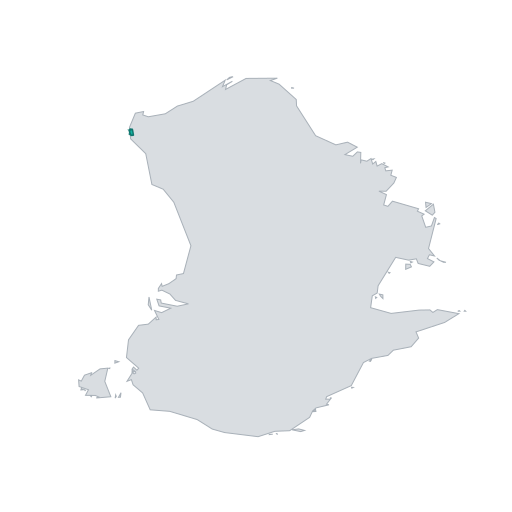 Denmark, Western Australia, Australia shown in context, rotated 80°
{"feature_id": "25037944B90574007914814", "entity_name": "Denmark", "entity_type": "district", "adm_level": 2, "iso_a3": "AUS", "parent_name": "Australia", "parent_adm1": "Western Australia", "projection": "equal_earth", "projection_center": [117.036, -34.911], "detail": "fine", "context": "in_parent", "style": "filled", "palette": "teal", "viewbox_px": 512, "rotation_deg": 80, "n_neighbors": 0, "source": "geoboundaries", "source_scale": "gbopen_adm2", "svg_char_len": 4897}
<svg xmlns="http://www.w3.org/2000/svg" viewBox="0 0 512 512"><g transform="rotate(80 256 256)"><path d="M354.2,81.8L358.5,111.6L365.1,110.1L372.3,119.0L372.6,137.1L376.8,143.3L376.9,160.0L379.6,168.7L400.2,184.7L406.8,210.9L409.1,212.2L409.9,207.6L414.2,212.3L415.2,210.0L416.0,223.2L418.4,227.1L424.2,231.2L433.9,253.2L431.9,267.9L434.3,285.3L424.4,317.6L418.8,329.2L406.9,342.3L394.0,367.9L389.1,386.9L371.2,391.4L361.5,399.4L356.1,400.2L357.0,404.8L349.5,398.0L350.9,396.5L350.5,394.8L349.0,394.7L345.9,397.7L344.1,395.9L347.8,393.1L346.1,391.0L333.5,401.2L316.4,396.1L303.9,383.7L304.4,373.9L298.8,365.0L301.5,365.4L301.6,362.7L292.0,365.4L295.4,358.8L292.6,349.0L288.3,360.1L281.3,361.2L282.7,357.5L285.9,357.5L291.8,342.3L291.4,330.8L285.8,342.9L278.5,347.4L273.3,354.6L273.7,358.3L271.0,357.8L266.8,353.8L269.6,353.7L268.1,346.6L264.4,338.6L260.9,337.6L260.7,330.5L234.6,318.3L188.8,327.6L174.1,335.8L167.5,346.1L136.1,346.8L118.9,359.1L107.4,358.3L94.4,350.0L94.2,341.6L97.4,343.0L100.2,337.9L100.2,320.6L94.7,307.4L92.7,290.9L77.5,255.8L83.4,259.6L79.8,248.9L82.3,255.2L86.7,257.1L79.4,234.9L84.6,204.1L85.7,211.4L90.8,203.4L108.9,189.2L115.2,190.0L147.9,176.4L160.4,158.1L159.8,146.1L166.4,137.4L171.6,150.8L174.6,143.4L171.1,138.1L172.2,134.8L182.9,137.0L179.6,135.7L181.9,130.4L180.0,125.8L185.7,125.1L183.7,121.6L188.5,121.1L186.9,116.1L191.2,110.4L191.4,113.8L194.7,113.4L195.1,107.0L199.9,109.2L203.0,104.1L208.1,107.6L214.8,116.6L213.5,123.7L218.2,116.9L227.9,121.4L230.0,117.5L225.7,112.1L237.7,87.7L239.9,89.3L244.0,83.2L245.3,85.8L257.2,83.9L256.9,78.0L249.1,73.6L250.4,72.1L278.6,84.8L287.0,80.2L284.9,85.0L288.3,87.6L292.7,81.8L296.3,86.7L291.5,97.6L286.6,98.6L286.6,106.4L281.6,118.7L306.5,140.9L313.5,143.1L315.4,148.4L326.8,152.1L336.0,132.9L337.6,104.7L339.3,94.1L342.3,91.6L340.3,86.7L348.0,66.2L354.2,81.8ZM340.7,421.4L353.2,426.7L369.4,423.4L368.1,438.0L367.5,435.4L365.4,438.5L363.6,448.1L358.6,444.2L353.8,452.9L347.2,452.2L348.9,449.8L343.6,445.6L342.4,438.2L344.8,439.5L340.1,429.2L340.7,421.4ZM235.8,72.3L244.0,72.2L246.4,75.3L240.9,81.4L235.8,72.3ZM277.8,368.5L291.3,368.1L285.3,370.6L277.8,368.5ZM293.7,104.8L295.1,110.9L290.0,109.9L291.0,105.6L293.7,104.8ZM433.4,250.7L433.7,244.0L436.2,238.5L436.7,242.5L433.4,250.7ZM367.2,412.7L371.5,414.0L371.3,416.0L367.2,412.7ZM234.9,74.1L237.7,80.1L232.5,79.7L234.9,74.1ZM337.0,413.6L334.5,413.1L336.3,409.5L337.0,413.6ZM320.0,138.4L317.4,140.2L314.9,141.2L316.3,137.8L320.0,138.4ZM77.5,254.3L75.5,251.1L75.3,248.1L75.6,247.9L77.5,254.3ZM370.0,418.0L371.5,419.4L368.4,418.3L370.0,418.0ZM417.6,224.0L419.5,224.0L419.2,227.0L417.6,224.0ZM377.6,159.8L379.7,161.6L379.2,162.6L377.6,159.8ZM357.7,449.4L357.5,451.7L356.0,451.0L357.7,449.4ZM434.4,270.4L434.2,274.0L434.0,273.9L434.4,270.4ZM256.6,72.0L255.3,70.3L256.2,69.5L256.6,72.0ZM294.8,72.3L292.7,75.3L295.2,70.0L294.8,72.3ZM435.2,266.0L434.2,267.2L434.9,265.9L435.2,266.0ZM296.2,127.9L295.0,128.5L295.7,127.0L296.2,127.9ZM289.6,104.7L288.2,105.0L289.1,103.1L289.6,104.7ZM97.3,189.4L96.9,191.8L96.3,191.6L97.3,189.4ZM345.7,64.8L345.5,66.9L345.0,65.4L345.7,64.8ZM348.9,395.6L349.1,396.8L348.7,396.4L348.9,395.6ZM292.2,76.2L289.4,78.3L292.3,75.7L292.2,76.2ZM187.2,113.1L186.1,114.6L186.8,112.9L187.2,113.1ZM358.9,447.7L358.0,448.1L358.6,447.3L358.9,447.7ZM318.5,145.5L317.0,145.5L317.8,144.3L318.5,145.5ZM181.5,124.1L180.8,124.9L180.8,123.0L181.5,124.1ZM366.0,442.7L364.7,443.4L365.3,442.1L366.0,442.7ZM346.8,59.1L346.5,60.5L345.8,59.8L346.8,59.1ZM348.1,397.2L349.1,398.3L347.2,397.9L348.1,397.2ZM402.8,184.6L401.9,184.7L402.3,183.1L402.8,184.6ZM409.1,207.4L408.6,207.4L409.0,206.1L409.1,207.4ZM341.5,419.6L341.1,420.5L340.9,419.4L341.5,419.6Z" fill="#d9dde1" stroke="#a8b0b8" stroke-width="1"/><path d="M115.7,357.2L115.7,355.8L115.6,355.7L115.4,355.7L115.4,355.8L115.2,355.9L114.8,355.9L114.6,355.8L114.4,355.8L114.3,355.7L110.2,355.7L110.1,355.8L109.9,355.9L110.0,356.0L109.9,356.0L109.9,356.3L109.9,356.5L109.7,356.7L109.6,356.8L109.5,357.0L109.4,357.0L109.2,357.1L109.2,357.3L109.3,357.3L109.5,357.3L109.7,357.5L109.8,357.6L109.7,357.6L109.8,357.8L110.0,357.9L110.1,358.0L109.9,358.1L110.0,358.3L109.9,358.4L109.9,358.5L109.7,358.5L109.4,358.5L109.3,358.8L109.3,358.7L109.5,358.7L109.8,358.7L109.9,358.8L110.0,358.9L110.0,359.0L110.1,358.9L110.2,359.0L110.3,359.0L110.5,359.0L110.8,359.1L110.9,358.9L111.0,358.9L111.2,358.7L111.3,358.7L111.5,358.8L111.8,358.8L112.0,358.8L112.3,358.8L112.5,358.9L112.5,359.0L112.8,359.1L112.9,358.9L113.0,358.7L113.3,358.7L113.5,358.7L113.6,358.8L113.8,358.8L113.8,358.7L114.0,358.8L114.2,359.0L114.3,359.0L114.3,358.9L114.3,359.0L114.4,358.9L114.4,358.7L114.4,358.8L114.4,358.7L114.4,358.4L114.5,358.4L114.7,358.2L114.8,358.1L115.0,358.2L115.1,358.3L115.3,358.2L115.5,358.1L115.5,357.9L115.6,357.7L115.7,357.4L115.7,357.2L115.7,357.2ZM113.7,358.8L113.8,358.8L113.7,358.8Z" fill="#14b8a6" stroke="#0f766e" stroke-width="1.5"/></g></svg>